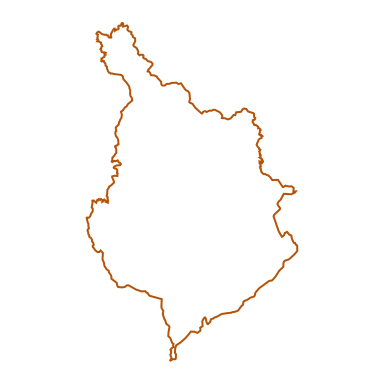 outline of Di Linh, Lâm Đồng, Vietnam
{"feature_id": "81297802B8144414429904", "entity_name": "Di Linh", "entity_type": "district", "adm_level": 2, "iso_a3": "VNM", "parent_name": "Vietnam", "parent_adm1": "Lâm Đồng", "projection": "robinson", "projection_center": [108.032, 11.519], "detail": "fine", "context": "isolated", "style": "outline", "palette": "amber", "viewbox_px": 384, "rotation_deg": 0, "n_neighbors": 0, "source": "geoboundaries", "source_scale": "gbopen_adm2", "svg_char_len": 5938}
<svg xmlns="http://www.w3.org/2000/svg" viewBox="0 0 384 384"><path d="M295.8,191.4L293.4,191.6L293.7,187.9L291.5,186.3L288.7,186.5L285.4,185.6L283.5,187.0L282.8,187.0L278.0,179.9L272.2,180.0L270.0,176.9L268.2,175.4L266.9,175.1L265.5,174.1L264.5,174.2L262.6,173.5L262.1,172.4L261.3,171.9L260.8,168.8L260.3,168.5L260.5,167.5L260.0,167.0L260.9,166.1L260.2,164.7L260.4,163.2L259.5,163.0L259.5,161.6L260.1,162.0L260.8,161.5L260.8,162.5L261.8,163.3L262.5,162.4L262.2,161.5L262.9,161.9L263.1,161.6L262.0,159.1L259.8,157.7L260.7,157.4L260.1,155.6L260.6,155.9L260.8,155.6L259.2,151.5L260.2,150.5L260.4,149.6L259.1,149.1L258.8,147.7L257.9,147.1L256.6,144.7L258.7,139.6L260.0,138.5L261.4,138.0L261.7,137.3L261.2,136.1L262.2,135.9L260.9,134.7L259.6,134.9L259.1,134.1L259.8,132.4L259.9,130.7L260.7,130.1L260.4,129.3L259.4,128.3L258.1,128.3L258.1,126.7L257.7,126.3L255.8,125.0L254.3,125.0L253.5,123.1L252.7,122.5L252.7,120.2L254.4,119.8L255.3,118.7L255.2,117.9L254.3,117.5L254.0,115.3L254.2,114.1L253.5,113.2L248.1,111.5L246.3,109.0L243.7,108.6L242.7,109.1L241.0,111.8L236.2,112.3L235.2,115.1L233.6,115.0L230.6,118.5L227.8,119.4L225.2,118.3L221.9,118.1L222.3,116.9L222.1,115.2L220.9,113.5L219.6,112.2L214.9,109.8L213.3,109.8L211.6,110.7L209.3,110.6L206.6,112.0L205.5,111.2L204.6,111.2L203.1,111.9L202.2,113.5L201.5,113.4L195.4,107.9L192.6,103.9L189.9,102.7L189.2,102.0L190.0,98.9L189.4,93.1L187.7,91.0L186.1,90.3L185.0,89.2L181.0,83.3L178.3,84.0L176.4,82.7L171.7,82.9L169.2,83.9L166.6,83.9L165.2,85.2L164.1,85.6L162.4,85.5L161.4,84.5L161.0,81.6L157.2,77.6L156.8,76.5L154.2,75.4L151.0,75.2L149.9,72.5L149.0,71.6L147.6,71.4L147.9,70.3L152.5,64.9L152.5,63.4L150.7,61.8L148.0,61.2L146.0,59.2L143.6,58.2L143.2,57.2L143.6,55.9L142.8,54.8L140.9,54.7L139.5,55.3L137.9,53.6L138.3,51.7L136.8,48.2L133.8,46.2L133.3,45.0L135.2,41.3L135.1,38.3L132.9,37.0L132.6,35.3L131.2,34.0L131.5,32.3L130.1,31.5L129.1,31.4L127.5,30.0L127.5,28.8L128.1,26.9L127.0,25.5L123.1,26.6L123.2,23.8L122.8,23.1L122.1,23.0L121.4,23.7L120.9,25.7L119.0,25.7L118.2,26.4L118.7,28.3L118.3,29.3L116.6,29.6L115.0,30.8L114.7,28.6L114.1,28.7L112.9,30.1L112.5,31.4L111.5,32.6L110.7,35.7L111.4,37.0L110.9,37.7L108.7,37.3L108.1,35.4L106.8,35.4L106.0,34.6L104.6,34.8L102.2,34.2L98.8,31.6L97.1,32.5L96.4,33.8L97.9,34.6L97.5,35.3L97.8,36.3L97.4,37.3L97.7,38.5L97.0,39.1L98.1,39.9L97.2,41.3L99.0,41.4L100.3,42.5L101.1,42.6L101.0,43.8L101.6,44.5L102.3,46.3L101.3,47.1L101.3,48.3L100.6,48.7L100.4,49.3L101.5,50.5L101.5,51.7L102.2,52.3L103.5,52.4L104.2,53.0L104.8,52.4L105.8,52.8L105.4,53.7L105.6,54.7L104.5,54.8L104.5,56.8L103.0,57.5L102.3,58.4L101.4,58.5L101.3,61.1L101.8,61.5L103.1,60.7L104.0,61.1L104.2,62.4L105.5,63.7L105.5,65.5L106.9,66.7L106.9,68.2L108.2,71.6L109.2,72.7L109.9,72.8L110.7,73.6L111.9,73.4L113.8,74.0L121.2,74.9L122.9,76.4L123.4,79.2L126.5,82.6L129.2,86.4L129.5,88.5L130.3,90.3L130.1,93.4L130.4,95.8L131.7,97.7L132.3,100.5L127.9,104.1L126.6,106.4L125.0,107.3L122.7,110.6L121.0,111.7L121.9,114.9L121.4,117.9L120.1,119.9L119.5,121.8L118.9,122.3L118.8,124.4L115.8,127.4L115.8,129.0L116.4,130.9L115.5,131.7L115.3,133.5L115.9,136.0L117.5,138.1L118.2,140.3L118.5,144.2L117.8,144.4L117.5,145.4L115.5,145.8L115.0,146.8L115.9,147.9L116.3,149.6L116.3,152.9L114.7,154.7L114.5,155.8L113.5,156.3L113.2,157.0L112.4,157.6L112.3,160.2L111.7,161.5L112.3,162.1L112.8,161.9L113.2,161.1L114.6,160.9L115.2,161.3L117.7,160.4L118.7,162.4L119.8,162.8L120.8,163.7L120.8,164.3L120.0,165.2L116.6,165.4L114.2,166.7L113.7,167.3L114.0,168.2L116.4,168.8L117.3,170.1L117.0,173.0L117.6,173.2L117.4,176.0L114.7,175.7L112.2,176.4L112.2,177.5L113.7,180.8L114.0,182.6L111.0,185.5L109.1,186.6L108.9,187.6L107.4,189.8L107.2,193.6L106.6,196.0L107.8,197.4L107.4,198.5L108.0,200.3L107.9,202.7L107.2,202.5L107.0,200.9L106.2,202.0L105.5,201.8L105.1,200.3L104.2,199.5L103.5,200.0L103.0,201.5L102.3,201.9L102.5,200.1L100.9,199.0L100.2,200.1L98.9,199.0L98.3,199.3L98.0,200.3L97.3,200.0L96.2,202.7L93.5,200.4L92.3,200.7L92.6,202.5L91.7,207.3L92.7,208.6L92.7,211.4L90.9,214.1L90.6,215.5L89.3,217.4L88.3,217.8L87.2,217.5L86.7,217.8L87.7,222.4L88.4,223.8L88.4,226.8L88.9,227.5L88.8,228.7L87.8,229.4L87.5,230.7L88.2,232.3L88.4,234.3L89.2,235.3L89.4,236.9L90.8,237.8L92.0,239.8L92.2,241.7L93.2,242.6L93.7,245.1L92.7,245.8L92.9,247.2L94.1,248.4L94.8,249.8L97.5,252.1L99.3,252.0L100.6,250.5L102.9,252.9L102.5,259.3L103.9,262.6L104.4,265.8L106.6,269.3L108.8,270.9L108.9,272.3L111.2,275.6L111.5,278.8L116.7,282.8L117.4,285.8L118.2,287.0L121.9,287.4L124.7,287.0L127.1,285.3L128.7,285.4L136.2,289.6L141.5,291.4L145.3,291.2L146.4,292.6L147.6,292.9L148.7,294.9L149.7,295.8L161.7,299.1L161.4,306.9L161.7,308.3L163.3,310.9L162.8,314.4L164.4,319.1L165.4,320.7L166.2,323.7L168.8,325.8L169.5,327.0L168.5,332.2L168.3,336.1L170.3,338.1L172.1,342.8L173.5,344.0L173.1,345.2L173.5,347.1L172.4,347.6L170.4,349.7L171.2,351.3L170.9,353.6L170.3,354.8L171.4,357.5L171.3,358.5L169.8,361.0L172.9,359.2L175.3,359.2L175.8,358.7L176.0,354.5L174.9,352.6L175.2,348.5L176.2,345.3L180.2,342.7L185.6,338.0L190.9,331.6L194.3,331.7L197.5,332.9L200.2,330.8L200.5,329.9L200.2,327.7L202.6,326.2L202.3,321.5L203.1,319.5L204.5,317.5L205.2,317.5L205.7,318.3L206.6,322.4L207.4,324.0L207.9,324.2L210.1,322.1L211.0,319.2L213.5,318.4L214.3,317.6L216.7,316.8L221.7,314.0L228.8,312.9L230.9,312.9L232.1,312.2L235.7,311.6L238.2,310.5L241.4,306.1L242.9,304.8L243.6,301.4L247.4,299.7L250.4,297.7L254.1,296.5L254.7,295.7L255.4,292.7L259.1,288.3L269.2,280.9L271.8,280.5L272.5,280.0L275.3,276.9L279.2,270.8L283.3,266.8L283.5,263.0L284.0,261.5L285.4,260.5L288.9,259.4L294.3,254.5L297.3,251.0L297.2,245.5L295.6,244.4L295.2,243.0L293.8,242.8L292.6,240.4L291.6,237.7L291.5,235.8L291.1,235.4L289.5,234.8L287.1,231.9L286.7,231.9L285.7,232.8L284.8,232.9L284.3,234.7L283.5,235.8L281.9,236.8L278.7,231.3L273.6,216.3L274.1,214.8L279.9,209.3L280.1,208.2L277.6,204.7L277.5,203.7L278.7,201.5L280.6,199.8L283.8,193.8L291.1,194.3L294.9,192.6L295.8,191.4Z" fill="none" stroke="#b45309" stroke-width="2"/></svg>